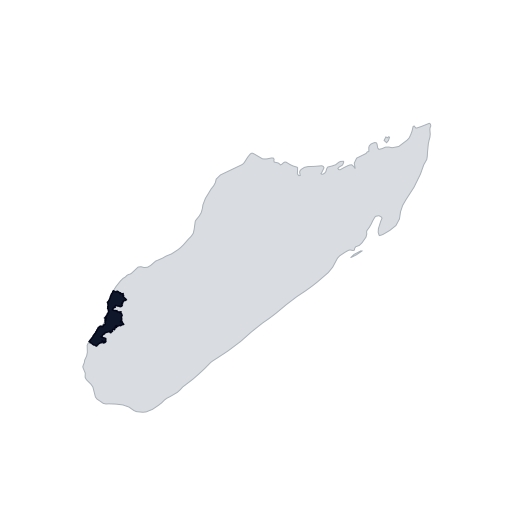 Toliary-II, Atsimo-Andrefana, Madagascar shown in context, rotated 36°
{"feature_id": "10022922B75767771564463", "entity_name": "Toliary-II", "entity_type": "district", "adm_level": 2, "iso_a3": "MDG", "parent_name": "Madagascar", "parent_adm1": "Atsimo-Andrefana", "projection": "natural_earth1", "projection_center": [43.811, -23.281], "detail": "fine", "context": "in_parent", "style": "filled", "palette": "ink", "viewbox_px": 512, "rotation_deg": 36, "n_neighbors": 0, "source": "geoboundaries", "source_scale": "gbopen_adm2", "svg_char_len": 8721}
<svg xmlns="http://www.w3.org/2000/svg" viewBox="0 0 512 512"><g transform="rotate(36 256 256)"><path d="M326.9,57.7L328.1,60.9L329.5,64.0L333.9,71.5L335.8,74.4L337.4,77.5L338.1,83.6L340.9,93.1L343.4,107.5L344.2,122.1L344.9,128.9L346.9,135.2L350.3,141.8L351.3,149.1L349.2,156.7L346.1,163.8L345.3,165.1L343.9,166.9L343.3,166.8L340.9,165.0L339.0,162.0L336.6,154.9L335.7,151.3L334.7,150.8L331.8,151.1L329.7,153.3L329.3,154.7L329.7,158.7L330.4,162.3L330.8,165.9L330.8,170.5L331.6,171.9L332.7,173.1L333.9,176.1L334.0,183.2L333.3,186.8L331.2,189.9L331.3,191.7L332.1,193.4L331.3,194.5L328.6,195.8L327.5,197.0L326.0,200.2L323.6,206.6L323.2,209.9L324.6,219.9L324.2,227.0L321.0,240.6L319.2,247.0L316.7,254.7L312.9,264.9L309.1,277.6L305.8,290.7L303.4,298.6L300.7,306.4L296.9,320.1L293.8,334.1L289.1,349.4L282.6,366.5L281.9,368.7L280.6,377.5L279.1,385.1L277.4,392.6L273.7,405.0L273.3,408.8L272.5,412.5L269.1,420.3L267.6,423.2L266.6,426.3L266.0,430.2L264.9,434.0L262.4,440.9L258.7,446.8L256.2,449.0L250.7,452.2L248.0,452.8L241.9,452.9L235.9,454.7L229.8,458.1L223.8,462.1L221.6,463.9L219.1,465.0L211.2,465.2L208.9,464.4L201.1,457.9L198.1,456.8L192.3,455.9L190.6,455.4L189.0,454.5L186.7,451.1L182.1,448.3L181.0,447.4L180.3,445.4L179.8,443.2L178.6,440.9L177.7,436.3L176.2,433.1L171.9,427.5L171.5,425.7L171.2,419.8L171.3,415.8L170.9,408.4L171.4,404.9L172.8,401.8L172.2,398.4L170.6,394.9L170.0,391.2L168.9,387.8L164.4,381.8L163.3,378.8L162.6,375.8L160.9,366.2L160.7,362.9L161.0,355.8L161.6,352.2L162.7,349.7L162.9,347.8L163.6,346.1L164.7,344.8L165.4,343.3L167.1,334.3L169.2,332.3L172.3,331.1L174.9,328.8L176.3,325.6L177.8,319.1L181.7,312.6L183.2,309.1L186.4,304.0L189.2,296.7L190.1,293.3L190.7,289.8L191.4,282.1L192.0,278.2L191.9,274.5L190.2,270.6L186.4,263.5L186.3,262.2L186.6,256.9L186.2,253.1L184.8,249.3L183.0,245.8L181.2,239.1L180.3,228.1L180.5,224.1L180.0,220.5L178.6,217.2L179.6,211.3L191.2,189.9L191.6,187.4L191.2,180.9L191.4,177.1L191.8,175.7L192.7,174.9L194.7,174.5L204.1,173.6L205.3,172.9L207.7,171.1L210.9,167.6L212.4,166.6L213.7,167.0L214.5,168.5L215.5,169.3L219.3,167.7L220.8,167.7L222.3,167.9L223.0,166.5L223.4,164.5L224.0,163.2L225.0,162.4L229.9,162.0L233.0,161.4L237.1,160.0L237.9,160.3L241.2,165.2L242.2,165.6L243.4,165.8L244.5,164.9L241.9,162.4L241.5,160.9L241.7,159.3L243.1,155.8L245.5,153.1L250.8,149.0L256.2,144.3L257.8,144.0L259.2,144.7L260.2,150.3L260.1,151.2L260.9,151.3L262.0,150.6L262.9,148.4L262.9,146.5L262.2,144.7L261.8,143.2L261.8,141.8L264.6,138.5L266.8,135.4L267.8,131.7L268.7,129.9L271.0,128.0L271.7,128.3L272.2,129.9L272.5,131.5L271.9,133.2L271.1,134.8L270.7,137.0L272.0,137.5L273.3,136.9L275.1,133.0L277.1,129.2L278.3,127.3L279.9,125.9L282.4,126.2L284.9,127.0L280.9,123.1L279.9,117.7L284.8,108.3L284.8,106.3L285.5,105.7L285.8,105.0L283.4,101.8L282.9,100.2L283.2,97.9L284.4,95.8L285.5,94.3L287.1,93.7L288.3,94.5L291.0,97.1L292.8,97.5L294.9,95.0L296.7,91.9L299.4,89.8L302.5,88.4L307.1,83.5L310.2,73.3L310.5,70.3L309.8,66.6L308.8,63.2L307.0,58.9L307.5,57.9L310.0,58.5L310.9,57.9L313.6,54.1L318.2,46.8L319.7,46.8L321.0,48.1L321.5,50.1L322.4,51.6L325.4,55.1L326.9,57.7ZM295.1,86.5L295.1,87.6L291.7,87.2L291.1,83.3L292.8,83.2L293.2,81.6L294.2,81.4L295.3,84.8L295.1,86.5ZM336.5,196.1L333.5,201.8L334.4,197.1L337.8,190.2L338.8,189.7L336.5,196.1Z" fill="#d9dde1" stroke="#a8b0b8" stroke-width="1"/><path d="M172.4,397.2L172.6,397.5L172.6,397.8L172.9,398.4L173.2,398.6L173.5,398.8L173.8,399.2L174.0,399.6L173.9,399.9L174.0,400.3L173.9,400.5L173.7,401.2L173.4,401.9L173.4,401.6L173.2,401.5L173.2,401.1L173.1,401.3L173.1,401.6L173.4,402.0L173.4,402.5L173.6,402.3L173.8,402.8L173.8,403.0L173.6,403.1L173.5,403.3L173.1,403.6L173.0,403.8L172.5,403.8L171.9,403.9L171.2,404.3L171.1,404.5L171.0,405.1L171.0,405.3L170.9,405.6L170.6,406.2L170.8,406.2L171.0,406.5L170.8,406.9L170.9,407.4L170.8,407.6L170.7,407.7L170.7,407.8L170.9,408.2L170.8,408.6L170.8,408.8L170.7,408.6L170.8,409.2L170.8,409.5L171.0,409.9L171.0,410.1L171.3,410.6L171.3,410.8L171.2,411.0L171.0,411.4L171.1,411.6L171.3,412.0L171.6,413.1L171.5,413.5L171.4,413.7L171.2,413.7L171.2,413.8L171.3,414.7L171.2,415.3L171.4,416.0L171.2,416.4L171.5,417.2L171.7,417.7L171.6,417.9L171.4,419.4L171.5,420.0L171.4,420.9L171.3,421.1L171.4,422.0L171.3,422.4L171.4,422.8L171.3,423.1L171.8,423.1L172.5,423.1L172.6,423.4L172.8,423.4L172.9,423.6L173.2,423.5L173.6,423.3L174.7,423.1L175.2,423.4L176.3,423.4L176.6,423.3L176.9,423.4L177.3,423.0L177.4,422.9L177.9,422.9L178.1,422.8L178.6,422.8L179.5,422.8L180.0,422.5L180.0,422.4L179.9,422.0L180.0,421.3L180.2,421.0L180.2,420.8L180.1,420.5L180.2,420.3L180.2,420.0L180.5,419.1L180.7,418.7L180.8,418.3L180.8,418.1L181.2,417.8L181.5,417.5L181.5,417.2L181.8,417.1L182.0,416.6L182.0,416.1L182.3,415.8L181.6,415.0L181.8,415.0L182.7,415.0L182.9,415.2L183.5,415.9L183.6,415.6L183.3,415.3L183.4,414.8L183.6,414.5L184.0,415.6L184.5,415.1L184.7,414.4L184.8,413.9L184.8,413.5L184.7,413.2L184.1,412.8L184.0,412.6L183.7,412.3L183.3,411.4L182.8,411.1L181.4,411.5L180.4,412.0L179.7,412.0L179.0,412.3L178.3,412.4L178.2,412.4L178.5,411.9L178.6,411.4L178.6,411.2L178.4,410.3L178.5,409.3L178.7,408.9L179.0,408.5L179.0,408.1L179.2,407.9L179.2,407.6L179.2,407.4L179.1,407.1L179.1,406.9L178.7,406.8L178.6,406.7L178.4,406.8L178.7,406.6L179.1,406.4L179.4,406.1L180.2,405.5L180.4,405.0L180.8,404.3L181.0,404.1L181.3,404.0L181.5,403.5L181.8,402.7L182.0,402.5L182.2,402.9L182.1,403.3L182.2,403.5L182.3,403.5L182.5,403.3L182.7,403.1L183.1,403.5L183.3,403.6L183.7,403.2L183.6,402.8L183.7,402.3L183.8,402.0L184.0,401.7L184.1,401.2L183.7,401.0L183.5,400.8L183.3,400.2L183.2,399.7L183.4,399.4L183.5,399.3L184.6,398.9L184.8,398.8L184.8,398.6L184.7,398.2L184.4,397.5L184.0,397.4L183.8,397.2L184.8,396.2L184.9,395.9L185.0,395.8L185.0,395.5L185.0,395.4L184.3,396.0L184.1,396.1L183.9,396.0L183.6,395.2L184.1,394.4L185.2,394.4L185.3,394.0L185.8,393.4L185.9,393.1L186.3,392.5L186.8,392.2L187.2,392.1L187.4,392.0L187.6,391.6L187.9,390.4L188.3,390.1L188.6,389.9L188.9,389.5L189.1,389.1L188.8,388.9L187.7,388.7L187.4,388.5L187.2,388.4L186.7,388.1L186.4,387.9L185.7,388.4L184.9,389.1L184.7,389.2L185.4,388.2L185.6,388.1L185.3,387.8L185.1,387.8L184.9,388.1L184.7,387.7L185.2,387.5L185.2,387.2L184.9,386.9L184.9,386.6L184.6,386.5L184.4,386.2L184.1,385.5L183.8,385.3L183.6,385.4L183.4,385.2L183.2,384.6L182.8,384.4L182.8,383.8L182.6,383.5L182.7,383.1L182.6,382.7L182.3,382.5L182.0,382.4L181.6,382.0L181.0,381.7L180.8,381.7L180.4,381.5L180.0,382.0L179.7,381.9L179.7,381.0L179.4,380.9L179.4,380.7L179.2,380.8L177.5,382.4L177.2,382.4L177.1,382.2L176.7,382.2L176.1,382.6L175.8,382.3L175.5,382.0L175.4,382.1L175.2,382.4L175.0,382.7L174.2,382.8L173.2,383.6L172.8,383.7L172.6,383.6L172.1,383.9L171.6,383.9L171.6,383.6L171.4,383.3L171.2,382.5L171.3,381.5L171.3,381.3L171.6,381.1L171.7,380.6L171.9,380.4L172.1,380.5L172.2,380.3L171.9,380.1L171.7,379.9L171.6,379.2L171.6,378.4L171.9,378.2L172.2,378.2L172.4,378.0L172.8,378.0L173.0,377.8L173.5,377.8L173.8,377.5L174.6,377.2L174.9,376.8L175.4,376.7L175.8,376.9L176.4,376.4L176.5,376.1L176.7,375.8L176.9,374.8L176.6,374.7L176.0,374.4L175.6,374.2L175.7,373.9L176.0,373.6L176.1,373.2L175.5,373.1L175.4,373.2L175.3,373.3L175.0,373.1L175.1,372.6L175.4,372.4L175.4,372.1L175.5,371.5L175.5,371.3L175.3,371.1L175.4,370.7L175.0,370.5L175.0,370.3L175.5,369.5L176.0,369.2L176.3,368.9L176.5,368.6L176.4,368.3L176.6,368.1L176.5,367.9L176.7,367.6L176.2,367.4L174.4,367.2L174.1,367.2L172.5,366.8L171.8,366.3L171.9,365.6L171.2,365.5L170.6,364.6L170.1,365.1L169.4,365.5L168.9,365.9L168.3,366.3L167.9,365.5L167.0,365.9L166.4,365.9L165.4,365.8L164.9,365.9L164.5,366.0L164.2,366.3L164.5,366.9L164.3,367.1L163.9,367.4L163.1,367.6L161.9,367.8L161.1,367.9L161.0,368.1L161.2,368.9L161.1,369.0L161.5,369.5L161.4,370.2L161.5,370.5L161.5,371.2L161.5,371.4L161.4,371.5L161.5,371.8L161.5,372.2L161.6,372.5L161.8,373.2L162.0,374.2L162.3,374.6L162.4,374.9L162.3,375.0L162.6,375.6L162.8,376.3L162.9,377.1L163.1,377.6L163.2,378.3L163.1,378.5L163.3,379.4L163.0,380.5L163.0,380.8L163.2,381.0L164.2,381.5L164.8,382.3L165.5,382.9L165.7,383.5L165.8,383.7L165.7,383.9L166.1,384.3L166.2,384.6L166.6,384.8L166.7,385.4L166.8,385.6L167.1,385.6L167.5,385.7L167.6,385.8L167.8,386.0L168.0,386.3L168.8,386.8L169.5,387.5L169.9,388.6L169.9,389.2L169.8,389.4L170.0,390.1L169.8,390.3L169.9,390.5L170.1,391.0L170.1,391.4L170.3,391.8L170.1,392.3L170.1,392.7L170.2,392.9L170.3,393.0L170.4,393.3L170.5,393.3L170.6,393.6L170.6,394.1L170.5,394.3L170.5,394.1L170.4,394.0L170.4,393.9L170.3,393.6L170.3,393.2L170.1,393.6L170.1,394.8L170.0,395.1L170.5,395.1L171.0,394.7L171.3,394.6L171.2,395.0L171.3,395.6L171.5,395.5L171.7,395.8L171.9,395.9L171.9,396.0L172.0,396.0L172.0,396.3L171.9,396.5L172.2,396.5L172.1,396.9L172.2,397.0L172.4,397.2Z" fill="#0f172a" stroke="#020617" stroke-width="1.5"/></g></svg>